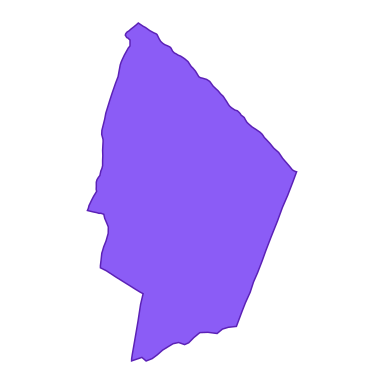 the district of Ali Al-Gharbi, Maysan, Iraq
{"feature_id": "34846034B45052357299579", "entity_name": "Ali Al-Gharbi", "entity_type": "district", "adm_level": 2, "iso_a3": "IRQ", "parent_name": "Iraq", "parent_adm1": "Maysan", "projection": "equal_earth", "projection_center": [46.697, 32.421], "detail": "fine", "context": "isolated", "style": "filled", "palette": "violet", "viewbox_px": 384, "rotation_deg": 0, "n_neighbors": 0, "source": "geoboundaries", "source_scale": "gbopen_adm2", "svg_char_len": 2350}
<svg xmlns="http://www.w3.org/2000/svg" viewBox="0 0 384 384"><path d="M296.6,171.8L296.2,171.7L294.5,171.1L292.4,169.9L289.6,166.4L285.0,161.1L282.6,158.3L280.4,155.0L278.6,152.4L274.8,149.1L273.5,147.9L270.4,144.0L267.1,140.4L264.3,137.5L263.1,135.6L262.1,134.2L260.0,132.2L256.2,129.6L252.0,126.9L248.8,124.1L247.0,122.4L245.4,119.8L244.2,117.5L242.7,116.3L241.1,115.1L240.2,113.6L238.9,112.2L237.4,110.8L234.8,110.0L231.4,107.7L229.6,106.1L228.7,104.9L227.8,103.5L226.8,101.8L225.2,99.4L223.2,96.3L220.6,93.9L218.1,90.8L215.7,88.6L213.1,86.1L210.6,82.6L209.7,81.4L208.8,80.8L206.6,79.4L202.6,78.2L200.4,77.7L198.8,76.7L197.6,74.7L195.5,71.2L192.9,68.1L191.2,66.5L189.6,64.1L188.0,61.6L184.7,58.8L182.8,57.5L180.6,56.1L178.1,55.1L175.9,53.7L174.4,53.0L172.6,51.2L171.6,49.2L170.6,47.5L169.4,46.7L167.3,45.7L164.8,44.7L162.6,43.2L160.7,41.4L159.1,38.8L157.9,36.3L157.0,34.5L156.1,33.8L153.8,32.8L149.8,30.6L145.5,27.5L143.2,26.3L138.3,23.0L136.2,24.9L134.7,26.1L133.9,26.8L130.9,29.1L128.8,31.0L127.2,31.9L126.2,33.1L125.7,33.8L125.3,35.2L126.0,36.3L126.7,37.5L128.1,38.2L129.5,39.6L130.0,40.0L130.0,43.1L130.0,45.4L129.9,46.1L128.3,48.0L124.4,55.0L122.0,60.1L121.1,62.2L120.2,65.0L119.1,71.0L118.1,76.6L115.6,83.1L112.1,93.2L109.7,100.6L105.8,113.2L104.7,119.1L101.9,130.3L101.7,134.4L102.4,137.0L103.0,139.3L103.1,141.2L102.6,150.3L102.8,155.7L102.6,160.3L102.6,165.7L101.9,168.5L100.8,171.1L99.9,175.5L98.4,177.4L97.0,179.7L96.3,182.1L96.3,182.8L96.3,186.7L96.2,189.3L96.6,191.4L95.2,193.7L93.6,196.3L91.9,199.6L91.2,201.0L89.0,205.6L88.3,208.4L87.4,210.5L93.1,211.9L96.6,212.6L98.9,213.3L101.0,213.3L103.8,214.3L104.7,218.3L106.8,223.2L108.3,226.9L108.2,233.4L106.0,241.1L103.7,246.8L102.5,251.0L101.8,253.1L101.1,259.8L100.4,265.7L100.4,267.8L106.4,270.8L116.0,277.1L127.4,284.2L135.2,289.1L140.1,292.1L143.1,293.7L140.6,304.3L138.0,321.3L134.3,342.9L132.3,354.3L131.6,359.0L131.6,360.9L135.7,359.5L141.9,357.4L146.1,361.0L152.2,358.6L157.3,354.8L162.6,350.1L168.3,346.6L173.1,343.7L178.6,342.5L184.6,344.6L188.7,342.8L193.8,337.6L198.5,333.7L199.9,332.6L207.9,332.3L217.1,333.5L222.4,329.1L228.3,327.3L236.4,326.4L238.8,320.0L242.1,311.2L245.4,302.8L250.2,292.2L253.5,282.0L257.5,272.9L262.1,261.0L265.8,250.7L271.3,236.4L277.4,221.2L282.4,207.5L287.7,195.3L292.9,181.8L296.6,171.8Z" fill="#8b5cf6" stroke="#5b21b6" stroke-width="1.5"/></svg>